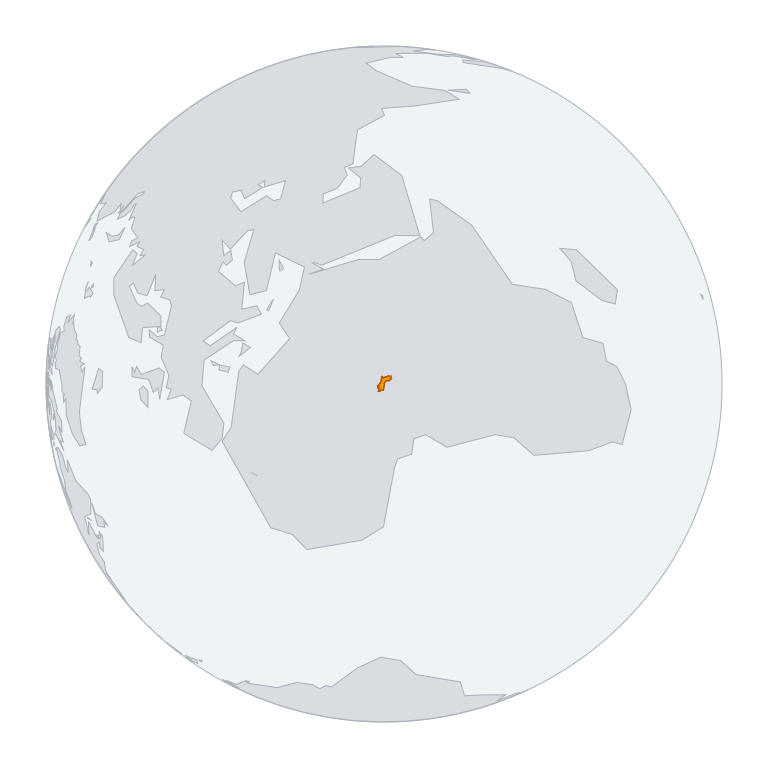 globe centered on Hadjer-Lamis, rotated 287°
{"feature_id": "TCD-1464", "entity_name": "Hadjer-Lamis", "entity_type": "Prefecture", "adm_level": 1, "iso_a3": "TCD", "parent_name": "Chad", "parent_adm1": "", "projection": "orthographic", "projection_center": [15.964, 12.449], "detail": "fine", "context": "on_globe", "style": "filled", "palette": "amber", "viewbox_px": 768, "rotation_deg": 287, "n_neighbors": 0, "source": "natural_earth", "source_scale": "10m", "svg_char_len": 10380}
<svg xmlns="http://www.w3.org/2000/svg" viewBox="0 0 768 768"><g transform="rotate(287 384 384)"><circle cx="384" cy="384" r="338" fill="#eef3f6" stroke="#a8b0b8"/><path d="M281.8,61.9L282.2,61.8L269.9,66.1L270.9,66.2L263.1,69.0L270.7,66.8L277.6,64.3L283.3,62.7L284.5,62.9L274.8,66.1L272.7,66.6L270.5,67.7L265.1,69.4L268.5,68.7L256.6,73.3L270.1,69.2L262.0,73.3L253.6,76.4L252.4,75.4L229.8,83.4L220.9,88.1L209.6,94.6L192.9,107.2L184.0,113.4L173.4,122.1L179.2,118.5L189.6,110.5L197.8,107.0L209.5,98.8L214.6,96.6L227.4,89.4L227.7,91.6L221.0,98.0L210.3,104.4L207.1,107.8L219.0,103.2L201.0,117.9L192.1,133.2L187.2,137.5L174.3,141.6L169.7,136.6L153.1,145.9L166.0,141.5L153.5,154.1L152.4,157.3L154.4,158.1L160.0,154.3L156.1,159.4L141.9,164.6L145.1,160.0L149.6,158.0L147.4,156.3L137.7,161.7L132.1,168.6L123.3,172.7L119.2,178.0L115.0,182.5L122.2,173.4L109.2,190.4L98.0,204.0L88.1,220.8L101.3,198.8L116.2,177.9L132.6,158.2L150.5,139.8L169.7,122.7L190.1,107.2L211.7,93.3L234.2,81.1L257.7,70.6L281.8,61.9ZM51.0,326.8L52.4,319.5L54.3,315.8L50.6,334.9L54.5,319.6L53.5,330.8L59.4,337.7L58.0,341.5L62.4,370.7L73.1,387.9L75.6,403.7L73.7,411.6L78.8,416.6L78.9,422.4L104.4,441.3L121.8,460.9L124.3,480.8L115.5,499.6L121.4,544.2L109.4,552.2L115.6,569.5L122.4,591.2L113.9,584.4L125.9,599.4L129.1,604.9L126.2,602.4L134.0,611.4L133.8,611.2L117.4,591.6L102.5,570.9L89.2,549.1L77.5,526.4L67.7,502.8L59.6,478.6L53.4,453.8L49.0,428.6L46.6,403.2L46.1,377.7L47.6,352.2L51.0,326.8ZM73.2,251.3L67.0,269.4L66.8,267.5L67.7,265.3L70.9,257.0L71.3,255.9L73.2,251.3ZM82.5,232.1L83.5,229.7L83.2,230.7L82.5,232.1ZM226.4,88.8L226.8,89.1L224.2,90.3L226.4,88.8ZM231.5,85.7L228.1,86.9L230.1,85.6L232.1,84.9L231.5,85.7ZM235.3,84.7L233.9,83.3L237.4,81.2L248.1,77.0L235.3,84.7ZM279.3,63.5L272.0,66.2L276.9,64.0L279.3,63.5ZM309.7,54.3L310.9,54.2L303.8,56.0L296.0,57.9L302.7,56.5L281.1,62.6L285.8,60.7L309.7,54.3ZM285.9,61.9L286.3,61.4L296.3,58.5L297.2,59.1L293.7,59.8L285.9,61.9ZM324.7,51.3L326.3,51.0L312.0,53.9L311.8,53.9L324.7,51.3ZM292.1,60.5L297.5,59.6L293.9,61.3L286.2,62.4L292.1,60.5ZM298.5,57.6L303.2,56.4L300.9,57.2L298.5,57.6ZM284.3,67.9L284.6,66.6L289.8,64.9L284.3,67.9ZM299.7,59.2L300.9,58.7L303.0,58.0L305.7,57.9L299.7,59.2ZM315.6,53.4L315.6,53.6L321.7,52.1L324.7,51.9L314.6,54.1L320.2,53.1L321.2,53.1L311.9,55.0L315.6,53.4ZM314.7,56.0L302.9,59.6L301.3,62.0L296.6,63.5L300.1,59.5L314.7,56.0ZM313.9,55.1L313.3,55.9L307.8,57.0L304.7,57.2L313.9,55.1ZM330.4,51.2L328.3,50.9L330.6,50.5L330.4,51.2ZM315.3,56.4L318.2,55.6L315.9,56.4L315.3,56.4ZM327.0,52.4L326.0,52.2L328.6,51.7L327.0,52.4ZM324.7,54.4L320.9,55.4L318.7,55.4L324.7,54.4ZM326.6,53.3L330.5,52.7L320.2,54.7L325.7,53.2L326.6,53.3ZM329.7,52.0L330.9,51.6L329.7,52.1L329.7,52.0ZM335.3,54.4L322.8,57.0L317.9,56.7L330.7,54.1L335.3,54.4ZM181.6,654.6L182.3,655.1L181.6,654.6ZM697.3,257.5L697.5,257.9L699.9,264.0L697.6,258.9L702.0,272.6L711.6,301.0L715.3,317.4L718.1,335.7L716.8,328.3L711.0,314.7L715.2,339.5L719.9,356.0L721.7,378.8L720.5,373.9L718.0,354.3L715.8,348.8L712.6,327.5L703.5,298.6L701.9,307.1L698.4,294.8L685.6,273.2L681.3,285.1L677.0,323.9L682.5,356.2L678.3,372.6L658.2,330.7L646.9,301.1L641.1,305.9L619.2,284.3L585.4,289.9L579.4,282.7L573.3,287.7L557.7,282.2L548.0,270.4L539.2,272.6L564.7,303.6L574.1,301.5L580.2,287.0L585.7,298.7L600.5,307.3L588.5,340.1L536.3,374.9L529.3,351.1L479.4,289.7L479.8,282.3L479.5,281.5L478.8,280.0L476.3,292.3L467.0,280.3L495.8,323.5L501.5,342.9L535.7,376.4L532.9,380.6L543.3,387.1L574.3,373.5L574.9,381.7L561.5,421.5L516.9,477.6L521.7,510.7L516.7,539.4L486.6,560.6L486.9,581.5L471.0,590.1L468.5,601.9L454.4,615.1L431.8,627.8L395.8,629.4L395.3,619.2L380.0,599.1L359.6,548.3L370.6,524.0L368.1,505.1L341.9,462.7L347.7,438.6L340.3,428.5L325.1,431.0L316.2,418.9L306.9,418.5L247.3,425.3L228.2,408.6L203.2,358.8L213.3,340.1L213.5,317.7L281.7,246.0L298.0,250.5L353.8,241.4L361.1,243.9L356.5,260.8L399.9,280.5L411.6,266.0L449.0,275.6L472.6,273.7L477.6,241.9L438.9,244.2L430.2,229.6L459.7,214.7L493.3,214.4L491.0,208.8L468.1,197.7L474.2,187.1L460.0,193.2L467.0,198.4L458.3,202.8L451.4,198.5L453.8,194.5L443.3,192.7L434.5,213.3L440.6,220.8L413.9,226.0L421.6,239.5L414.9,246.4L399.5,226.3L399.7,218.7L372.4,198.5L369.7,206.6L395.3,226.8L388.1,225.4L384.6,238.3L381.5,227.4L354.2,204.9L329.0,210.5L299.7,242.4L284.4,245.2L270.3,238.9L278.2,207.0L311.5,204.7L314.8,194.9L305.7,181.2L316.6,182.2L316.9,176.8L329.3,175.9L344.4,163.1L356.6,161.5L360.3,146.1L367.1,143.7L362.9,153.2L366.6,159.7L396.7,157.9L401.8,154.5L401.8,145.0L410.1,146.4L406.2,137.6L422.4,133.6L399.4,131.7L398.8,122.2L407.3,114.9L403.0,111.9L389.1,124.0L387.3,129.4L392.3,134.3L383.7,150.7L373.9,153.9L367.2,136.6L352.5,139.7L353.8,126.3L390.5,99.4L407.0,94.6L438.9,104.5L436.4,109.9L423.7,108.7L437.5,117.8L435.4,113.1L442.3,114.8L443.4,107.6L448.3,108.5L441.0,100.4L447.1,100.8L451.7,105.9L458.6,97.0L470.8,96.9L470.0,94.5L465.7,92.1L484.1,94.4L482.7,92.6L476.1,91.1L469.0,86.9L463.7,80.9L470.4,82.0L473.2,84.3L489.1,91.5L495.6,98.5L497.8,98.4L493.7,92.7L474.3,83.8L469.2,79.9L478.9,83.3L475.0,81.8L474.5,80.3L480.3,80.1L469.9,76.2L456.0,62.0L465.8,61.5L476.0,65.3L473.2,60.1L484.5,62.2L478.4,60.4L473.0,58.2L469.4,57.4L466.1,56.5L459.2,54.6L483.4,61.0L507.0,69.3L530.0,79.2L552.1,90.9L573.3,104.1L593.5,118.9L612.6,135.1L630.3,152.7L646.8,171.5L661.8,191.6L675.3,212.6L687.1,234.7L697.3,257.5ZM260.6,282.8L259.3,289.4L259.3,289.5L260.6,282.8ZM530.8,231.0L549.6,230.3L537.6,212.1L543.8,210.6L537.5,205.4L536.6,210.8L520.6,196.6L527.4,190.5L523.3,183.0L516.8,183.0L506.9,196.9L529.8,216.6L527.0,224.8L530.8,231.0ZM59.7,337.7L60.0,342.3L58.7,341.2L59.7,337.7ZM64.3,274.5L63.8,276.4L62.6,280.0L62.6,279.8L64.3,274.5ZM65.9,287.5L66.5,290.9L64.8,290.6L65.9,287.5ZM66.3,272.6L65.3,285.6L62.2,287.4L63.3,279.6L64.0,280.4L66.3,272.6ZM77.6,241.7L76.7,243.9L75.3,247.0L77.6,241.7ZM82.2,232.9L83.7,229.7L82.2,232.9ZM154.4,153.7L155.4,153.5L156.3,155.3L153.6,156.6L154.4,153.7ZM174.0,153.5L167.4,161.9L170.2,156.3L165.2,159.0L164.8,151.5L184.7,139.4L175.7,145.9L174.0,153.5ZM169.8,139.4L167.8,144.7L169.2,139.5L169.8,139.4ZM306.9,151.4L311.8,154.5L308.1,160.4L292.6,165.1L297.8,156.2L306.9,151.4ZM319.6,157.6L317.3,140.8L326.8,138.1L321.9,142.3L328.4,142.2L322.2,149.0L333.5,164.1L331.0,170.6L303.8,174.0L314.1,168.9L308.6,165.8L319.6,157.6ZM294.6,111.3L293.8,106.4L315.5,106.6L313.8,111.3L298.3,115.5L291.2,112.5L294.6,111.3ZM254.4,78.7L252.7,78.6L255.4,77.4L259.1,76.6L254.4,78.7ZM284.0,67.4L264.8,78.7L261.9,78.9L254.2,86.6L243.4,90.4L248.7,85.0L234.7,94.3L235.1,91.0L226.5,97.5L239.5,85.3L239.4,83.5L243.6,83.9L253.5,80.3L257.8,78.2L269.8,71.5L274.4,66.9L285.0,63.6L291.2,62.4L291.7,63.0L284.7,64.8L290.4,64.3L280.6,67.4L284.0,67.4ZM358.4,64.1L350.0,63.7L359.8,67.6L350.1,68.9L351.9,69.3L345.6,71.9L341.0,76.0L336.3,76.3L336.5,77.9L332.3,80.0L331.1,82.4L322.2,84.1L320.0,87.3L317.0,86.3L315.5,91.7L312.7,88.6L307.0,91.7L312.8,93.1L267.9,100.9L251.4,108.2L239.1,116.5L235.8,111.2L245.2,100.7L260.9,89.5L277.4,83.9L272.9,83.1L279.5,80.4L280.3,82.1L283.0,78.0L288.6,76.4L302.5,69.4L303.0,65.4L308.1,63.2L310.7,64.0L314.0,61.4L322.5,61.6L326.3,60.2L338.5,59.6L341.3,62.7L345.5,61.0L354.9,61.1L358.4,64.1ZM338.6,54.2L344.2,56.5L341.6,58.7L321.5,59.1L316.8,60.3L303.8,61.6L307.8,58.6L311.2,58.4L315.3,57.6L312.4,58.8L317.9,57.3L322.7,57.1L328.2,56.0L328.5,56.9L338.6,54.2ZM368.3,237.5L373.7,238.0L381.9,237.0L379.9,245.6L368.3,237.5ZM349.3,222.2L354.1,221.0L355.3,231.7L349.6,231.6L349.3,222.2ZM355.7,211.8L354.3,220.2L351.7,215.6L355.7,211.8ZM367.2,152.0L372.2,150.6L373.1,152.8L370.8,156.3L367.2,152.0ZM385.6,79.4L381.2,77.9L382.4,77.0L378.2,72.4L385.0,71.6L390.3,74.0L385.6,79.4ZM471.6,247.7L465.4,254.1L461.6,251.5L464.5,249.7L471.6,247.7ZM420.9,250.0L433.0,253.4L420.2,252.4L420.9,250.0ZM392.3,77.6L389.8,75.7L394.8,76.6L392.3,77.6ZM389.9,70.8L395.6,71.3L385.4,71.0L389.9,70.8ZM562.3,660.6L561.5,663.2L557.8,664.4L562.3,660.6ZM568.7,528.6L542.4,579.7L528.1,581.7L527.6,567.9L538.7,537.6L556.0,527.1L565.1,512.4L568.7,528.6ZM720.5,415.2L720.4,405.9L714.6,365.9L716.8,364.5L721.7,386.1L721.6,391.3L721.6,398.8L720.5,415.2ZM683.7,359.0L689.9,376.6L687.1,381.0L683.7,359.0ZM703.2,273.2L704.1,276.0L702.5,271.4L700.5,265.6L703.2,273.2ZM447.6,74.1L445.8,80.8L449.0,86.6L458.0,90.5L444.6,88.5L439.5,79.6L447.6,74.1ZM454.3,63.1L446.3,60.6L450.1,60.6L452.5,61.1L454.3,63.1ZM449.2,62.4L438.8,61.8L434.6,59.8L443.7,60.6L449.2,62.4ZM415.8,67.9L414.7,69.8L410.7,68.9L415.8,67.9ZM464.3,56.2L459.9,55.1L461.3,55.2L464.3,56.2ZM448.6,52.5L450.1,53.0L445.8,51.9L448.6,52.5ZM453.9,54.6L449.4,53.0L457.7,55.3L453.9,54.6Z" fill="#d9dde1" stroke="#a8b0b8" stroke-width="1"/><path d="M375.9,382.1L375.9,381.8L375.8,381.7L375.6,381.6L375.5,381.4L375.6,381.1L375.6,380.9L375.5,380.7L378.4,380.7L378.5,380.7L378.7,380.3L378.7,380.2L378.6,379.8L378.6,379.7L378.5,379.4L378.4,379.4L378.4,379.2L378.5,379.2L378.7,379.3L378.8,379.3L379.0,379.4L379.2,379.5L379.4,379.5L379.5,379.5L379.7,379.8L379.8,379.9L379.9,380.1L380.0,380.1L380.1,379.9L380.3,379.9L380.6,379.7L380.6,379.4L380.3,379.4L380.2,379.3L379.7,378.6L379.8,378.5L380.5,378.4L380.8,378.6L380.9,378.8L381.0,378.9L381.7,379.2L382.7,379.7L382.9,379.7L383.3,379.8L383.5,379.7L384.0,380.0L384.1,380.4L384.2,380.5L385.6,380.4L385.8,380.4L386.0,380.3L386.3,380.3L386.5,380.4L386.7,380.5L386.8,380.4L387.0,380.3L388.3,380.1L388.5,380.0L388.6,379.9L388.8,379.8L389.0,379.9L389.3,379.9L389.8,379.8L389.9,379.7L390.0,379.7L390.3,379.7L390.7,379.9L390.5,380.3L390.4,380.4L389.8,380.9L389.6,381.1L389.6,381.3L389.8,381.5L390.0,381.6L390.4,382.2L390.5,382.3L390.5,382.7L390.6,382.9L390.7,383.0L390.8,383.0L391.0,383.3L391.1,383.5L391.3,383.5L391.5,383.6L391.6,384.5L391.8,384.7L391.9,384.8L392.0,384.8L392.0,385.0L392.2,385.3L392.3,385.5L392.5,385.5L392.8,385.6L393.0,385.6L393.2,385.9L393.0,386.8L393.0,387.0L393.6,388.3L392.6,388.6L391.5,389.6L390.7,389.2L390.3,388.8L389.9,388.5L389.5,388.4L389.0,388.4L388.7,388.2L388.7,387.3L388.4,387.0L388.1,386.6L388.1,386.0L387.9,385.3L387.2,384.9L384.6,383.9L384.1,384.5L383.5,384.6L382.6,384.6L381.6,384.8L381.3,385.1L380.8,385.0L380.6,384.7L380.2,384.6L380.0,384.9L379.4,385.0L378.8,385.1L378.4,385.1L377.9,385.2L377.9,384.8L377.9,384.7L377.8,384.3L377.7,384.1L377.6,383.9L377.6,383.7L377.5,383.0L377.4,382.9L377.2,382.9L377.1,382.7L376.9,382.6L376.8,382.8L376.7,382.7L376.8,382.5L376.8,382.4L376.7,382.4L376.4,382.4L376.3,382.2L376.2,382.1L375.9,382.1Z" fill="#f59e0b" stroke="#b45309" stroke-width="1.5"/></g></svg>